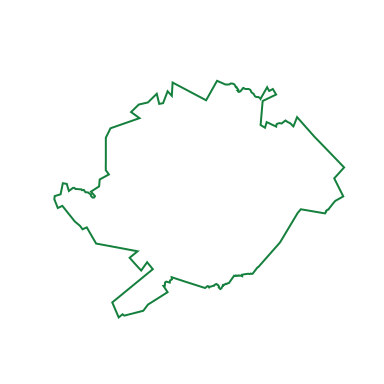 Cucurpe, Sonora, Mexico, rotated 232°
{"feature_id": "50627088B85170396923038", "entity_name": "Cucurpe", "entity_type": "district", "adm_level": 2, "iso_a3": "MEX", "parent_name": "Mexico", "parent_adm1": "Sonora", "projection": "mercator", "projection_center": [-110.671, 30.429], "detail": "fine", "context": "isolated", "style": "outline", "palette": "green", "viewbox_px": 384, "rotation_deg": 232, "n_neighbors": 0, "source": "geoboundaries", "source_scale": "gbopen_adm2", "svg_char_len": 4570}
<svg xmlns="http://www.w3.org/2000/svg" viewBox="0 0 384 384"><g transform="rotate(232 192 192)"><path d="M253.6,289.5L253.7,289.1L253.8,287.6L256.0,284.6L264.2,280.2L255.6,259.6L290.2,244.1L280.2,235.3L286.4,234.8L279.8,223.9L281.6,220.4L291.1,224.7L289.7,212.4L293.7,203.9L292.5,193.2L282.5,196.1L290.5,172.6L292.4,167.0L287.8,157.5L283.3,154.0L269.1,142.9L266.0,140.4L263.8,138.7L262.3,137.5L257.0,137.3L258.7,127.0L253.6,122.2L254.5,112.6L248.5,113.0L247.9,111.6L248.8,110.2L251.3,110.0L252.2,110.7L255.8,109.7L257.4,107.9L260.2,108.0L261.2,106.4L262.1,106.5L266.2,102.0L267.7,101.8L268.5,100.8L268.6,95.6L275.5,98.3L278.4,95.6L271.1,87.0L273.3,81.3L271.1,79.1L262.0,76.4L260.9,81.3L240.9,81.5L234.3,82.9L230.0,82.8L228.9,87.3L210.4,84.7L178.8,112.6L178.6,102.4L171.2,102.8L161.4,103.6L164.3,113.4L155.3,113.6L154.1,61.2L138.3,57.0L138.4,62.0L136.3,62.5L128.4,80.5L130.4,88.0L128.1,111.1L135.6,111.7L134.9,112.9L137.3,115.1L137.2,116.6L134.3,118.7L135.8,120.3L135.5,122.4L137.4,123.5L125.9,131.2L108.3,143.2L108.3,146.3L108.1,146.6L107.4,146.8L107.2,146.7L106.9,146.7L107.0,146.8L107.0,147.0L106.9,147.1L106.5,147.2L106.5,147.3L106.4,147.3L106.2,147.5L106.2,147.8L106.2,148.1L106.1,148.3L106.0,148.5L105.9,148.7L105.8,148.8L105.7,149.0L105.6,149.3L105.6,149.5L105.5,149.8L105.3,150.2L105.1,150.6L105.0,150.8L104.8,151.2L104.7,151.4L104.6,151.5L104.8,151.8L104.9,152.0L104.9,152.5L104.9,152.8L104.7,153.2L104.7,153.3L104.7,153.5L104.7,153.8L104.7,154.0L104.6,154.4L104.5,154.5L104.2,154.7L104.0,154.8L103.8,154.8L103.6,154.8L103.4,154.8L103.2,154.8L102.9,154.9L102.8,155.1L102.6,155.2L102.4,155.3L102.2,155.2L101.9,155.2L101.5,155.1L101.1,155.1L100.9,155.0L100.6,154.9L100.5,154.7L100.4,154.7L100.2,154.3L99.9,154.4L99.6,154.4L98.9,154.5L98.3,154.5L98.1,154.5L98.0,154.8L98.1,155.0L98.1,155.3L98.1,155.6L98.0,155.9L98.1,156.1L98.4,156.7L98.7,157.4L98.8,157.6L98.9,157.9L99.0,158.1L98.9,158.3L98.8,158.5L99.0,158.7L99.3,158.8L99.5,158.9L99.7,159.2L99.6,159.3L99.4,159.5L99.3,160.0L98.9,160.3L99.0,161.9L98.6,162.2L98.2,162.6L98.2,163.7L98.0,164.1L97.8,164.4L97.7,164.8L97.6,165.3L100.1,173.6L99.9,173.7L99.7,173.8L99.6,174.0L99.4,174.3L99.2,174.4L99.1,174.5L99.0,174.8L98.9,174.9L99.0,175.0L98.8,175.1L98.7,175.4L98.6,175.7L98.4,175.8L98.3,176.0L98.0,176.1L97.9,176.3L97.8,176.5L97.8,176.9L97.8,177.1L97.7,177.2L97.5,177.3L97.3,177.3L97.2,177.5L97.1,177.9L96.8,178.1L96.5,178.2L96.3,178.6L96.2,178.9L94.8,179.7L96.0,180.5L94.7,183.0L93.2,185.6L93.0,185.9L92.8,186.2L92.1,186.7L91.9,186.9L91.7,187.2L91.7,187.5L91.6,188.0L91.0,188.5L90.8,188.6L90.6,188.9L90.4,189.1L90.3,189.3L90.4,190.0L92.3,197.3L92.0,197.9L98.0,230.0L98.6,231.7L110.4,262.3L110.8,264.2L111.4,267.1L93.3,283.6L93.4,283.8L93.3,284.0L93.5,284.5L93.8,284.9L93.8,285.2L94.2,285.5L94.1,285.8L94.3,285.9L94.4,286.1L94.5,286.1L94.6,286.4L94.6,286.5L94.6,286.8L94.7,287.0L94.6,287.3L94.6,287.6L94.6,287.9L94.6,288.0L94.4,288.3L94.3,288.5L94.2,288.6L94.3,289.0L94.3,289.3L94.5,289.5L94.6,290.0L94.8,290.6L96.4,297.3L96.8,299.4L95.4,308.5L115.2,312.5L117.7,327.0L153.9,323.2L160.1,322.5L186.3,320.9L181.4,312.6L181.3,312.2L185.5,311.8L188.4,310.4L190.8,309.7L190.8,304.8L191.6,304.1L192.5,303.2L192.9,302.2L193.3,301.1L193.3,300.3L191.7,298.6L201.1,293.9L197.7,289.1L202.5,287.3L204.5,289.1L220.2,303.7L217.0,318.3L223.4,319.1L224.1,315.0L228.3,315.7L223.2,303.3L223.9,303.4L224.5,303.3L225.0,303.1L225.4,303.0L225.7,302.9L226.2,302.6L226.6,301.8L227.1,301.3L227.7,301.0L228.1,300.7L228.6,300.6L229.0,300.6L229.7,300.7L230.4,300.8L231.4,301.0L231.5,301.0L231.8,300.9L232.2,300.7L232.6,300.6L233.0,300.4L233.4,300.4L233.9,300.3L234.6,300.3L235.5,300.7L235.8,300.7L236.4,300.8L237.3,300.6L237.6,300.4L238.3,300.0L238.8,299.5L239.1,299.0L239.6,298.4L240.0,297.9L240.4,297.4L240.9,297.1L241.6,296.9L242.3,296.7L242.5,296.4L242.5,296.2L242.3,295.9L242.2,295.4L242.1,295.1L242.1,294.4L241.9,293.8L241.7,293.2L241.6,292.2L241.6,291.8L241.7,291.3L241.9,290.9L242.2,290.6L242.3,290.3L242.7,290.3L242.8,290.4L243.1,290.3L243.3,290.5L243.4,290.8L243.6,290.9L243.7,291.0L243.8,291.0L243.9,290.9L243.9,291.0L244.0,291.0L244.0,291.3L244.4,291.3L244.5,291.3L244.8,291.4L245.0,291.3L245.3,291.4L245.5,291.4L245.9,291.4L245.9,291.5L246.0,291.5L246.3,291.4L246.5,291.4L246.8,291.4L246.9,291.5L247.0,291.6L247.3,291.4L247.4,291.2L247.5,291.1L247.8,291.3L247.9,291.5L248.0,291.5L248.2,291.4L248.3,291.3L248.5,291.3L248.8,291.4L249.0,291.4L249.4,291.4L249.5,291.4L250.2,291.6L250.7,291.6L251.1,291.5L251.5,291.3L252.3,290.8L252.8,290.3L253.1,290.0L253.3,289.7L253.6,289.5Z" fill="none" stroke="#15803d" stroke-width="2"/></g></svg>